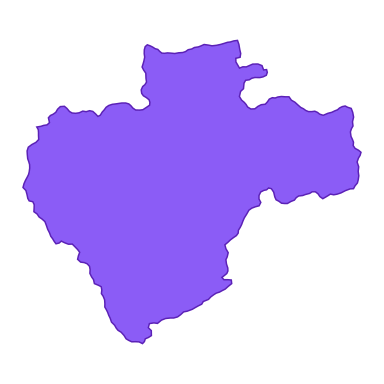 outline of Malacacheta, Minas Gerais, Brazil
{"feature_id": "56859067B170953880519", "entity_name": "Malacacheta", "entity_type": "district", "adm_level": 2, "iso_a3": "BRA", "parent_name": "Brazil", "parent_adm1": "Minas Gerais", "projection": "orthographic", "projection_center": [-42.098, -17.856], "detail": "fine", "context": "isolated", "style": "filled", "palette": "violet", "viewbox_px": 384, "rotation_deg": 0, "n_neighbors": 0, "source": "geoboundaries", "source_scale": "gbopen_adm2", "svg_char_len": 4241}
<svg xmlns="http://www.w3.org/2000/svg" viewBox="0 0 384 384"><path d="M142.5,343.6L144.4,341.6L145.3,338.8L148.4,337.5L151.4,335.6L151.3,330.6L148.3,327.7L149.4,323.6L153.9,322.9L157.5,323.4L161.5,320.1L165.6,318.5L170.2,318.0L173.7,318.0L177.6,316.9L180.6,314.7L183.6,311.9L187.2,311.2L192.3,309.3L195.0,307.7L198.4,305.8L201.7,304.2L203.3,301.5L205.8,300.5L208.5,299.4L210.8,296.9L213.9,294.6L216.3,293.1L219.5,292.1L222.2,290.6L225.2,289.1L228.2,286.4L231.7,283.6L231.3,280.0L227.9,279.7L223.9,279.7L221.9,277.4L224.5,275.4L226.8,273.5L227.9,271.0L227.8,268.0L226.5,264.1L225.9,259.7L227.2,256.9L228.2,252.7L225.9,248.7L224.9,244.8L227.8,242.4L230.5,239.8L233.9,237.3L236.4,235.6L238.2,233.1L238.4,230.3L240.2,227.4L241.6,224.6L242.9,221.1L244.3,217.9L246.7,214.1L248.9,210.2L251.7,208.2L255.3,206.8L259.1,205.8L260.8,202.4L259.0,199.0L259.0,195.5L260.7,192.0L263.8,190.4L266.6,189.8L268.6,188.0L271.4,188.7L273.7,192.2L274.8,196.9L276.1,199.8L278.8,201.2L281.5,203.2L284.5,203.5L287.4,203.5L290.9,201.5L294.4,200.1L296.2,197.7L298.6,196.0L302.8,195.5L305.4,194.5L309.7,193.4L312.2,191.8L315.4,191.8L318.1,193.9L319.9,196.6L322.8,198.7L325.6,197.1L328.1,195.6L330.4,194.1L333.7,194.8L337.0,194.2L341.0,192.9L345.5,190.6L350.1,188.9L353.5,188.7L355.0,185.9L357.4,183.0L358.2,179.9L358.8,175.8L358.2,171.4L358.7,166.8L357.1,162.0L358.5,158.0L360.1,155.4L361.0,152.3L358.5,150.2L355.1,148.4L353.2,145.6L353.5,142.2L352.5,139.6L351.0,136.4L350.4,131.9L351.5,128.6L353.0,126.0L352.5,121.8L353.6,117.1L352.7,112.3L351.2,108.4L347.7,107.3L345.2,106.0L342.3,106.6L339.5,108.0L337.5,109.8L334.7,110.9L331.8,112.3L327.9,113.3L323.2,115.3L319.6,114.1L317.5,112.4L314.8,111.2L311.9,111.6L308.5,111.6L305.8,110.5L303.5,108.8L300.7,107.4L298.3,105.3L294.9,102.2L291.4,100.2L289.0,96.8L285.4,96.8L281.4,96.5L277.8,97.0L275.2,98.0L272.3,97.7L269.3,99.1L267.4,101.9L265.3,104.2L261.2,104.7L257.9,106.4L254.9,108.8L250.9,109.0L247.6,107.0L246.1,104.5L244.3,102.4L241.6,100.1L239.4,96.5L240.6,91.4L243.5,88.7L244.0,83.2L245.6,80.3L249.3,79.8L251.7,78.3L254.8,77.5L259.8,77.6L263.0,76.9L266.3,75.3L267.3,72.4L266.6,69.6L263.6,69.9L262.0,65.6L257.9,64.0L252.7,64.1L249.5,65.5L246.3,66.9L242.8,66.8L239.5,68.1L238.1,65.7L235.9,61.9L235.8,58.3L240.1,57.3L240.7,53.5L239.8,49.7L238.9,44.4L237.5,40.4L233.8,40.9L230.2,42.0L227.5,42.3L224.4,43.3L220.7,44.4L216.5,45.3L212.0,45.8L208.4,45.1L204.1,44.5L201.2,45.8L198.4,46.9L194.4,47.5L191.7,49.0L188.2,49.7L185.5,51.6L182.8,52.5L178.6,52.8L174.8,53.5L170.6,53.1L167.4,52.9L164.5,53.3L161.8,53.1L159.7,51.4L157.8,49.4L155.2,48.7L152.7,47.1L150.3,45.9L147.3,44.8L145.2,46.6L144.3,49.8L144.2,53.7L144.7,57.1L143.9,61.0L143.0,64.2L142.1,67.0L143.6,70.0L145.8,73.2L146.0,78.4L146.5,82.1L144.9,84.7L142.7,86.5L141.2,89.9L141.7,93.4L143.4,95.8L146.4,97.6L149.1,99.8L149.9,102.4L149.6,105.2L146.1,107.6L142.9,109.7L139.8,110.1L135.6,110.0L132.8,108.0L130.8,105.6L128.8,103.9L125.7,103.0L121.9,103.0L119.1,103.4L115.8,103.9L112.3,104.3L108.7,105.5L106.1,107.3L104.2,109.9L102.2,112.1L100.3,115.2L97.9,116.4L95.6,113.9L92.8,111.4L89.6,110.7L86.1,111.7L82.8,111.1L79.2,112.8L75.6,113.3L72.1,113.0L69.5,111.5L66.9,108.4L64.4,106.3L60.3,106.6L57.6,109.2L55.8,112.3L53.2,114.2L50.4,115.5L48.4,117.8L49.5,122.6L47.0,124.9L43.6,125.4L41.0,126.3L36.8,127.0L38.3,129.7L38.5,132.5L38.5,135.5L38.7,139.5L35.9,142.4L31.9,144.5L28.3,147.2L27.1,150.9L27.3,154.5L27.7,158.7L28.8,161.8L29.6,164.6L29.7,168.1L29.2,171.9L28.5,174.6L27.2,177.2L25.5,180.3L24.0,183.7L23.0,187.5L25.9,190.5L27.0,194.5L27.8,198.4L29.2,200.9L32.8,201.7L34.2,204.7L34.1,208.3L33.9,211.7L37.1,214.0L39.1,217.0L42.1,219.1L44.9,221.6L46.3,225.2L47.7,229.3L49.5,232.8L50.8,236.3L52.6,238.7L54.2,241.4L56.0,243.8L59.2,243.0L61.3,241.1L64.5,242.7L68.4,244.2L72.3,244.1L74.8,246.6L77.6,249.5L79.7,252.3L78.4,255.8L77.6,259.3L80.6,262.1L84.3,262.6L87.2,263.8L89.5,266.3L90.1,269.5L89.9,273.4L91.6,276.9L93.5,279.6L94.4,283.6L98.5,285.3L101.2,286.7L101.8,290.0L101.4,293.6L103.2,296.3L104.6,299.8L104.9,303.9L104.8,307.0L106.4,309.8L107.6,312.2L108.7,315.2L110.2,318.3L111.5,322.1L114.6,325.2L116.3,328.2L118.0,330.3L121.1,332.2L124.0,335.4L126.1,338.8L128.6,340.3L131.7,341.8L135.5,341.7L139.1,341.9L142.5,343.6Z" fill="#8b5cf6" stroke="#5b21b6" stroke-width="1.5"/></svg>